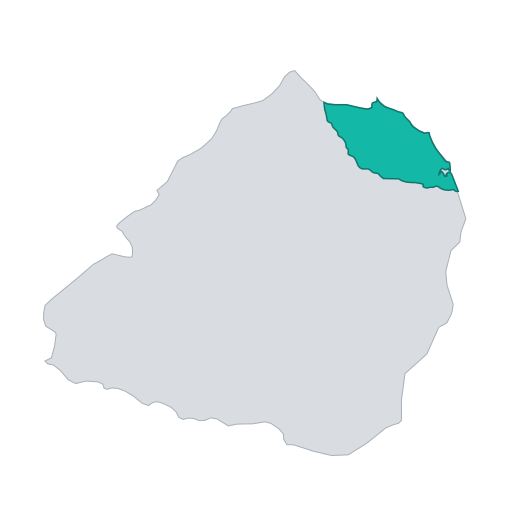 Rocha on a map of Uruguay (Mercator projection), rotated 277°
{"feature_id": "URY-22", "entity_name": "Rocha", "entity_type": "Department", "adm_level": 1, "iso_a3": "URY", "parent_name": "Uruguay", "parent_adm1": "", "projection": "mercator", "projection_center": [-54.149, -33.966], "detail": "fine", "context": "in_parent", "style": "filled", "palette": "teal", "viewbox_px": 512, "rotation_deg": 277, "n_neighbors": 0, "source": "natural_earth", "source_scale": "10m", "svg_char_len": 4050}
<svg xmlns="http://www.w3.org/2000/svg" viewBox="0 0 512 512"><g transform="rotate(277 256 256)"><path d="M427.4,357.3L423.9,360.4L420.2,366.4L415.8,380.8L401.0,400.8L397.9,412.0L381.9,423.8L370.7,437.1L363.3,436.8L356.7,442.5L318.5,459.8L304.8,456.5L294.7,456.6L285.2,448.9L263.7,446.2L250.2,449.2L232.1,457.6L226.7,457.5L222.7,457.1L212.9,453.6L207.6,446.1L179.7,437.6L157.3,418.2L130.8,417.9L110.5,420.4L107.3,417.8L105.3,412.9L101.1,405.7L83.6,388.7L69.9,371.8L67.2,355.3L69.1,337.4L73.2,316.2L72.5,309.6L77.5,305.8L82.6,305.0L87.4,299.6L91.7,291.3L92.5,285.1L89.1,273.5L86.8,257.4L84.0,249.4L89.6,236.8L89.8,230.7L86.6,225.3L85.7,219.8L87.2,214.1L86.9,208.7L84.9,203.5L86.4,199.1L91.5,195.7L95.3,190.5L97.8,183.4L99.1,178.1L99.2,174.4L97.6,170.9L94.5,167.6L95.9,161.1L102.0,151.3L105.9,142.6L107.7,135.1L107.5,129.0L105.5,124.4L106.4,121.2L110.1,119.6L111.8,114.7L111.2,102.6L107.4,92.6L110.3,84.7L118.7,75.5L123.1,68.2L123.5,62.6L126.1,59.3L130.1,65.4L142.1,67.0L154.2,67.2L156.1,65.7L160.8,55.8L167.1,52.9L173.9,52.2L181.3,52.7L189.2,59.3L211.5,80.7L228.0,95.7L233.0,102.7L237.3,108.0L240.6,112.9L239.2,125.8L239.4,131.4L240.2,133.0L243.9,133.1L249.5,132.2L254.2,129.5L257.8,125.4L261.4,122.0L264.3,120.2L265.3,117.5L267.0,114.7L268.7,114.1L272.0,116.1L279.6,123.5L285.6,130.3L287.0,134.1L289.3,138.2L291.8,141.7L293.5,145.2L299.2,149.6L305.1,152.5L309.0,149.6L319.0,158.9L340.9,166.8L344.9,171.5L348.7,178.2L356.4,188.5L367.0,197.7L375.5,201.6L383.7,203.8L388.3,205.8L391.5,209.3L396.5,213.2L399.6,214.6L400.7,218.0L403.9,225.4L407.3,234.9L411.0,243.7L419.0,252.1L428.0,258.7L437.3,262.4L442.6,267.0L444.8,271.8L438.5,278.9L431.7,287.9L425.7,295.0L419.4,299.9L417.4,303.3L416.0,308.6L416.1,336.6L415.5,347.1L416.0,349.9L416.9,351.7L420.8,354.5L425.5,356.9L427.4,357.3Z" fill="#d9dde1" stroke="#a8b0b8" stroke-width="1"/><path d="M416.8,304.7L415.6,308.6L415.7,314.9L417.2,327.6L415.6,341.7L415.4,349.3L417.4,352.8L418.9,352.8L420.1,352.6L421.3,352.6L422.5,353.4L423.1,354.8L423.6,356.3L424.5,357.3L426.8,357.1L425.6,358.0L424.3,359.2L421.7,362.4L420.1,365.2L419.2,368.2L417.8,375.3L416.5,379.6L416.1,383.5L415.4,384.7L412.9,386.4L411.7,387.5L408.3,392.0L404.5,395.0L403.2,396.4L400.7,401.5L400.0,402.3L399.9,403.3L398.3,408.2L399.5,411.4L399.4,412.9L396.5,413.8L389.9,417.5L384.6,421.3L373.8,431.9L372.9,433.1L372.7,434.5L372.7,435.9L372.3,436.8L365.8,438.3L364.2,438.4L364.5,437.7L364.9,437.1L366.2,436.0L365.7,435.6L365.2,435.0L364.9,434.4L364.7,433.6L364.8,432.6L365.5,430.5L365.7,430.1L364.7,429.0L362.7,428.2L360.7,427.7L359.3,427.7L360.1,428.3L362.8,429.5L362.2,430.5L361.0,431.7L359.7,432.7L358.6,433.1L358.2,433.6L358.2,434.8L358.7,435.7L359.8,435.5L359.7,434.8L360.8,435.1L362.1,436.2L362.8,438.1L362.2,439.2L360.9,440.3L344.9,448.9L344.6,447.9L344.5,447.4L344.6,446.7L344.8,445.9L345.1,445.4L345.7,444.6L345.9,444.3L345.9,443.9L345.9,443.4L344.9,440.2L344.8,439.2L344.6,435.8L344.8,433.9L345.4,431.6L345.6,431.0L346.7,429.1L347.1,428.2L347.2,427.7L347.3,427.1L347.2,426.3L346.9,425.3L346.6,424.8L346.0,424.0L345.8,423.6L345.7,423.0L345.5,420.7L345.4,420.0L345.1,419.4L344.6,418.7L344.5,418.1L344.4,417.3L344.5,415.6L344.7,414.5L345.2,413.5L345.7,413.2L346.2,413.2L346.6,413.4L347.0,413.5L347.3,413.4L347.5,413.2L347.7,412.9L348.0,410.5L348.3,405.3L348.1,403.4L347.9,401.9L347.7,396.6L348.4,391.9L348.6,391.4L348.7,391.0L349.5,389.3L349.7,388.9L349.9,387.9L349.9,387.5L348.4,373.0L350.1,370.2L352.3,367.7L352.6,367.2L352.8,366.2L352.9,363.6L353.1,362.3L353.4,361.6L353.7,361.0L354.1,360.5L355.7,357.9L356.0,356.9L356.1,356.2L355.4,351.3L355.8,349.6L356.4,348.2L357.9,346.5L363.7,343.2L366.3,340.8L367.9,335.5L369.1,334.9L370.8,334.9L372.5,334.6L373.0,334.4L373.4,334.0L373.7,333.6L374.0,333.1L374.9,332.3L378.6,331.4L380.4,330.3L382.0,329.0L383.5,327.3L385.3,323.5L386.0,322.8L388.5,322.0L390.1,320.9L392.3,317.8L393.6,316.4L394.6,315.8L396.3,315.1L397.1,314.3L397.4,313.4L397.6,312.4L398.0,311.4L398.7,310.5L399.1,310.2L404.8,308.5L410.0,306.3L416.7,304.7L416.8,304.7Z" fill="#14b8a6" stroke="#0f766e" stroke-width="1.5"/></g></svg>